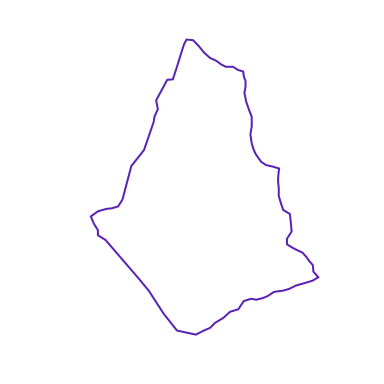 the district of Cruz das Almas, Bahia, Brazil, rotated 61°
{"feature_id": "56859067B52904526930124", "entity_name": "Cruz das Almas", "entity_type": "district", "adm_level": 2, "iso_a3": "BRA", "parent_name": "Brazil", "parent_adm1": "Bahia", "projection": "robinson", "projection_center": [-39.118, -12.685], "detail": "fine", "context": "isolated", "style": "outline", "palette": "violet", "viewbox_px": 384, "rotation_deg": 61, "n_neighbors": 0, "source": "geoboundaries", "source_scale": "gbopen_adm2", "svg_char_len": 1247}
<svg xmlns="http://www.w3.org/2000/svg" viewBox="0 0 384 384"><g transform="rotate(61 192 192)"><path d="M56.0,122.9L58.9,127.3L66.2,135.1L74.0,143.2L84.2,154.1L81.9,159.3L94.4,178.9L103.0,181.7L107.9,188.3L112.1,191.5L132.0,213.6L139.9,232.5L164.9,256.5L168.8,263.6L167.3,270.3L165.2,275.2L163.3,283.6L164.3,292.3L172.1,293.2L179.7,292.8L184.3,295.2L192.0,290.9L242.2,280.5L257.9,277.6L268.8,276.9L277.4,276.3L284.8,275.8L305.9,272.3L318.6,257.8L318.9,248.9L319.6,242.2L317.6,235.3L317.3,225.7L315.2,216.8L317.0,208.4L312.5,199.6L314.0,192.1L317.3,188.1L319.1,181.7L319.7,176.1L319.1,168.7L322.6,159.7L323.9,153.6L324.2,146.6L326.5,136.5L328.0,129.5L327.8,122.9L320.4,124.4L314.7,121.8L309.4,122.9L304.1,123.5L298.3,124.9L293.9,128.2L289.7,131.0L283.8,134.3L278.9,131.6L274.9,124.1L266.1,120.1L258.6,117.1L252.0,120.9L245.0,119.7L237.4,118.0L231.2,114.5L223.9,111.3L219.6,108.7L213.7,104.4L208.7,109.3L204.3,114.2L199.1,116.9L189.9,117.9L184.5,117.5L178.5,116.2L170.1,113.1L163.5,107.9L155.1,103.3L148.4,102.4L139.6,100.9L130.7,98.1L126.4,94.5L121.0,91.4L116.3,90.7L111.4,88.8L107.7,92.5L102.3,95.5L99.0,101.6L94.7,104.6L88.9,107.2L83.4,111.3L75.8,113.9L67.8,115.3L59.7,117.5L56.0,122.9Z" fill="none" stroke="#5b21b6" stroke-width="2"/></g></svg>